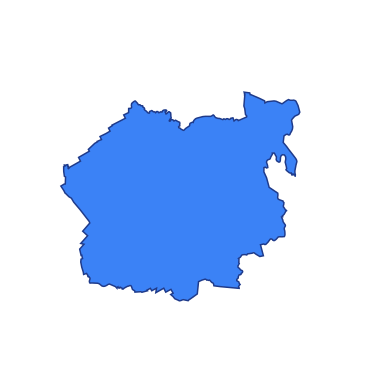 the district of Moloacán, Veracruz, Mexico, rotated 62°
{"feature_id": "50627088B54217054702449", "entity_name": "Moloacán", "entity_type": "district", "adm_level": 2, "iso_a3": "MEX", "parent_name": "Mexico", "parent_adm1": "Veracruz", "projection": "albers", "projection_center": [-94.286, 17.993], "detail": "fine", "context": "isolated", "style": "filled", "palette": "blue", "viewbox_px": 384, "rotation_deg": 62, "n_neighbors": 0, "source": "geoboundaries", "source_scale": "gbopen_adm2", "svg_char_len": 6038}
<svg xmlns="http://www.w3.org/2000/svg" viewBox="0 0 384 384"><g transform="rotate(62 192 192)"><path d="M128.3,99.1L129.3,99.3L129.5,99.1L129.9,99.6L130.3,99.5L130.8,99.9L130.9,99.7L140.4,105.8L143.2,106.3L148.7,108.4L150.6,108.0L151.4,108.6L150.7,117.6L150.0,117.5L148.9,118.5L148.6,119.4L149.0,121.5L145.8,121.0L145.4,121.9L145.4,122.5L145.1,123.2L145.5,123.7L145.4,125.2L144.1,126.0L143.6,126.9L143.6,128.5L142.8,129.0L142.7,129.3L142.3,129.8L142.6,130.3L142.4,131.0L140.1,133.0L139.1,134.6L137.5,136.1L135.7,136.7L135.1,136.6L134.1,136.9L133.9,137.2L134.1,139.2L133.9,140.2L131.7,144.2L130.5,147.0L129.1,152.9L129.0,154.4L129.2,155.3L129.7,156.7L130.3,157.5L131.1,158.3L130.6,158.7L130.4,161.2L131.0,162.2L131.9,162.6L132.4,163.2L132.9,167.8L133.7,170.3L133.4,170.8L131.1,172.3L130.2,172.5L129.0,173.5L128.1,173.2L127.9,172.8L127.9,171.8L127.5,171.5L126.4,171.1L125.6,170.4L124.6,170.2L123.4,171.2L120.9,172.8L120.8,174.6L120.0,174.7L119.4,175.0L118.5,175.9L118.3,176.5L118.5,177.0L119.1,177.9L119.1,178.4L118.7,178.7L118.2,178.5L117.2,176.8L117.1,176.0L116.6,175.5L114.8,175.0L114.3,174.6L112.1,173.7L110.4,174.5L110.2,174.9L110.3,175.8L111.0,177.8L110.7,178.4L109.6,178.0L109.2,178.2L108.7,178.2L108.5,177.9L108.6,176.8L108.1,176.1L107.7,176.2L107.2,176.7L106.5,178.2L106.4,179.1L106.6,180.0L107.3,181.0L106.5,182.0L106.5,183.8L106.3,184.2L105.0,184.4L104.7,184.8L104.4,185.4L104.9,186.9L103.8,187.2L103.0,188.5L101.8,188.9L101.2,189.3L101.0,191.7L102.3,192.5L102.2,192.9L101.7,193.5L101.3,193.8L99.1,194.4L97.4,195.2L96.6,195.3L96.0,194.7L95.0,194.8L94.3,195.3L93.7,195.5L93.1,195.1L92.6,195.3L91.8,196.6L90.9,196.8L90.4,197.2L90.0,198.1L89.5,198.5L88.4,198.4L85.1,199.3L84.9,199.6L84.8,200.3L85.0,201.8L85.5,203.7L86.9,204.8L88.6,205.4L89.1,205.8L89.3,206.6L89.2,207.4L88.7,208.1L88.5,208.7L92.1,210.7L91.9,216.1L95.6,216.2L95.4,231.2L96.0,231.2L96.4,235.7L99.8,235.8L100.0,240.4L99.8,247.2L103.2,247.3L102.8,251.9L103.3,251.9L103.4,255.1L105.7,263.5L107.8,263.5L108.2,275.9L112.4,276.0L112.7,288.3L112.9,289.7L113.3,289.7L113.3,290.2L112.6,290.2L112.3,289.7L111.3,289.1L111.1,289.6L110.9,289.7L110.3,289.3L109.5,288.9L109.2,289.6L109.1,290.4L109.3,291.2L108.9,291.1L108.2,292.1L109.3,292.6L109.8,293.5L109.7,293.6L113.6,295.6L118.2,297.3L119.4,296.6L125.4,300.1L125.0,301.1L125.2,305.0L130.6,304.5L133.4,304.6L133.9,304.3L138.4,302.9L140.9,301.4L145.4,301.2L155.1,299.1L169.7,296.6L171.4,296.8L175.3,306.9L181.6,304.7L185.2,314.4L187.4,311.9L189.7,318.0L195.9,319.7L196.0,319.0L199.4,319.9L199.2,321.5L201.6,323.1L206.5,324.6L211.7,325.6L213.9,326.4L214.4,323.3L215.9,323.3L216.7,323.0L217.3,323.5L218.0,323.5L218.5,322.7L219.4,322.8L219.8,322.5L220.7,322.7L222.5,324.5L224.1,325.0L224.5,324.8L225.5,322.8L228.3,318.1L229.6,316.9L232.6,315.7L233.6,314.7L234.0,314.0L234.3,312.9L234.4,311.1L234.2,309.5L234.5,308.1L239.6,304.0L241.5,303.5L241.3,303.4L241.4,303.1L241.0,303.0L241.0,302.3L241.2,302.5L241.4,302.2L242.2,301.9L242.5,301.5L242.2,301.4L242.1,301.0L242.8,300.5L242.6,299.8L242.9,299.6L243.3,299.6L244.6,298.6L245.0,299.0L245.4,298.3L245.1,297.3L245.0,296.3L245.0,293.2L245.3,292.2L245.4,290.9L245.9,290.0L246.8,289.8L250.1,290.3L252.4,289.0L253.6,289.4L256.0,284.0L257.0,283.3L258.3,277.7L257.5,277.8L257.5,274.0L260.3,273.9L260.3,268.5L263.9,271.2L263.7,262.1L268.1,262.2L268.1,256.3L272.5,256.2L272.5,258.9L274.0,258.4L275.0,257.9L278.2,257.3L280.9,255.1L282.1,254.3L282.6,252.9L282.8,250.8L283.0,250.2L286.1,246.5L286.2,246.2L285.6,245.0L285.7,244.2L284.5,235.2L274.2,228.3L274.5,224.4L275.1,221.4L275.5,220.8L276.8,220.3L277.0,219.6L277.8,218.9L278.1,217.8L281.2,217.0L281.8,216.4L282.8,216.1L283.5,216.2L285.1,216.7L288.8,211.5L299.2,195.6L298.4,195.3L297.5,195.4L296.6,194.1L296.5,193.6L296.2,192.9L295.2,193.2L293.3,192.9L291.3,194.1L290.2,193.5L289.6,191.5L288.6,191.0L287.7,189.9L287.3,189.3L287.8,187.9L287.6,187.2L287.0,186.8L286.8,185.5L286.3,184.8L285.7,184.5L285.0,184.6L283.4,185.8L282.0,185.9L280.2,186.7L278.9,186.2L277.3,183.8L276.4,183.8L275.9,183.7L275.6,183.3L274.4,182.7L273.3,182.0L272.5,182.2L272.3,180.0L271.7,178.8L271.2,178.0L271.1,177.4L271.3,176.4L272.1,174.6L273.3,173.2L272.7,172.1L274.3,167.6L274.4,166.4L274.9,165.7L277.0,164.7L280.8,162.4L281.8,158.9L270.7,156.3L271.6,153.0L272.5,152.5L272.9,151.5L272.0,148.5L270.4,145.2L270.4,144.5L271.0,143.7L271.7,143.3L272.4,143.3L273.4,142.5L273.6,141.7L273.3,139.9L272.2,136.9L272.7,135.5L273.8,133.6L274.7,131.4L274.1,130.6L273.2,129.9L271.6,129.1L270.0,128.4L268.2,128.0L267.1,127.4L265.7,125.4L264.8,125.1L261.4,125.5L260.4,125.4L259.6,125.0L256.1,124.7L256.4,123.5L255.5,123.4L255.3,122.3L254.8,120.9L253.0,118.2L252.9,117.3L252.2,117.4L251.8,117.9L249.5,118.0L248.1,118.3L246.8,117.6L246.0,116.8L244.5,115.8L243.4,116.1L242.7,115.9L239.7,118.6L238.4,119.3L236.9,118.9L235.1,117.6L233.3,116.8L224.1,121.7L214.5,119.5L208.0,119.1L204.2,117.0L204.5,115.6L205.8,114.9L206.0,113.6L203.9,112.8L200.8,112.3L199.9,111.6L199.4,110.8L199.2,109.7L199.5,107.9L199.2,107.2L198.0,105.9L196.2,103.0L195.4,102.9L196.1,101.2L197.0,101.0L199.1,101.1L200.3,100.9L201.2,101.3L203.0,102.5L204.4,102.5L206.2,101.5L206.6,100.8L206.6,100.3L205.9,99.4L203.0,97.6L201.9,96.4L201.6,95.3L201.6,94.5L202.7,93.0L204.8,92.8L206.9,93.7L209.4,95.7L213.8,96.8L215.7,97.4L216.5,98.6L218.0,98.2L220.6,97.1L221.5,96.3L221.7,95.5L223.7,95.9L224.0,95.4L223.2,95.0L223.7,94.2L224.4,94.2L224.4,93.8L225.5,93.4L226.0,93.4L227.0,93.7L225.2,92.6L223.6,92.2L221.6,91.2L217.1,87.6L214.6,85.3L214.1,85.0L212.8,84.7L211.2,84.7L206.8,85.4L199.4,86.7L196.3,87.1L191.1,88.2L185.7,84.5L185.3,82.0L185.8,80.6L186.7,80.2L187.2,79.6L187.3,79.0L187.2,78.6L186.4,77.7L184.9,75.3L183.5,73.7L181.6,72.4L175.3,70.4L174.6,69.2L173.5,66.2L173.3,65.1L173.5,62.4L173.4,61.2L173.1,60.6L172.6,60.2L172.4,59.6L171.9,59.3L165.5,57.8L160.7,57.6L159.6,58.1L158.6,59.1L158.2,60.2L157.1,62.2L155.7,63.4L155.7,65.7L156.4,70.7L156.1,71.4L151.3,75.2L150.1,76.8L147.6,83.1L147.6,85.8L145.6,85.1L141.2,88.3L133.7,94.3L133.4,94.9L131.6,94.5L128.3,99.1Z" fill="#3b82f6" stroke="#1e3a8a" stroke-width="1.5"/></g></svg>